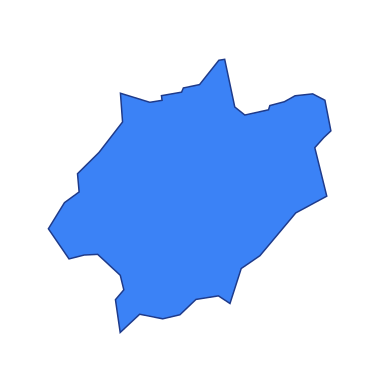 Skrapar, Berat, Albania (Mercator projection), rotated 79°
{"feature_id": "67620474B62055143354216", "entity_name": "Skrapar", "entity_type": "district", "adm_level": 2, "iso_a3": "ALB", "parent_name": "Albania", "parent_adm1": "Berat", "projection": "mercator", "projection_center": [20.254, 40.545], "detail": "fine", "context": "isolated", "style": "filled", "palette": "blue", "viewbox_px": 384, "rotation_deg": 79, "n_neighbors": 0, "source": "geoboundaries", "source_scale": "gbopen_adm2", "svg_char_len": 678}
<svg xmlns="http://www.w3.org/2000/svg" viewBox="0 0 384 384"><g transform="rotate(79 192 192)"><path d="M81.4,243.4L110.0,246.8L135.4,275.7L152.2,300.9L170.4,302.8L178.1,319.2L200.7,340.0L234.2,325.5L233.3,309.8L235.2,296.5L260.1,278.3L275.0,277.6L283.1,287.7L316.2,289.3L302.0,266.7L310.9,245.0L310.2,227.3L298.2,208.6L299.0,185.9L308.7,176.0L276.5,158.3L267.5,137.5L232.3,94.1L221.8,60.5L171.9,63.0L163.7,52.2L158.5,44.0L127.3,44.0L118.7,54.8L117.2,72.5L121.0,84.1L122.0,99.1L125.9,101.2L126.5,125.5L116.7,133.8L68.0,134.6L67.8,140.5L88.0,164.1L88.2,180.6L92.0,183.2L91.6,203.6L96.3,203.9L95.9,216.3L81.4,243.4Z" fill="#3b82f6" stroke="#1e3a8a" stroke-width="1.5"/></g></svg>